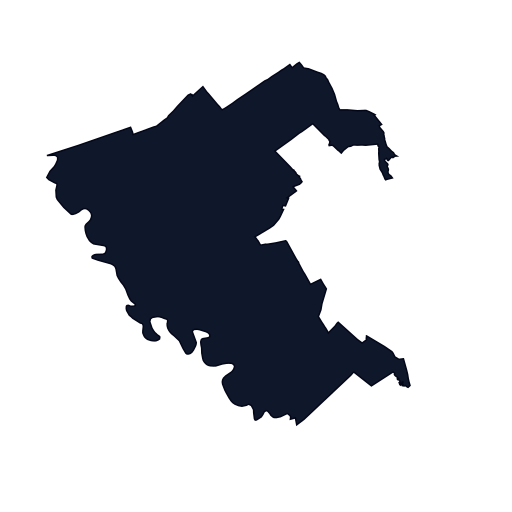 the district of Stanilesti, Vaslui, Romania, rotated 159°
{"feature_id": "2599482B69878309601464", "entity_name": "Stanilesti", "entity_type": "district", "adm_level": 2, "iso_a3": "ROU", "parent_name": "Romania", "parent_adm1": "Vaslui", "projection": "equal_earth", "projection_center": [28.168, 46.666], "detail": "fine", "context": "isolated", "style": "filled", "palette": "ink", "viewbox_px": 512, "rotation_deg": 159, "n_neighbors": 0, "source": "geoboundaries", "source_scale": "gbopen_adm2", "svg_char_len": 6087}
<svg xmlns="http://www.w3.org/2000/svg" viewBox="0 0 512 512"><g transform="rotate(159 256 256)"><path d="M415.2,424.7L408.2,422.4L406.6,421.2L405.9,419.7L405.9,418.9L406.9,416.6L410.1,413.4L412.3,411.7L417.9,408.9L423.2,404.3L422.0,401.5L417.7,396.5L416.1,395.1L416.2,393.7L419.2,389.2L421.3,382.6L421.2,379.9L418.0,370.3L413.6,361.3L412.9,360.8L411.9,360.5L409.2,360.3L405.6,360.7L402.4,361.8L399.9,362.0L398.0,361.3L397.0,360.5L395.7,358.6L394.8,356.2L394.6,354.6L395.0,352.4L396.2,350.6L397.8,348.9L399.7,347.9L403.2,346.5L404.6,345.4L405.2,344.4L406.2,340.9L406.6,338.1L406.7,334.7L405.9,330.0L404.8,327.7L403.2,325.5L394.2,320.2L393.4,319.5L392.9,318.9L392.6,317.9L392.9,316.4L393.2,315.6L394.4,313.9L396.1,312.5L398.3,312.5L404.5,314.7L406.1,315.0L407.7,314.9L409.1,314.4L409.5,313.9L409.6,312.7L404.9,308.7L394.4,300.9L393.1,299.6L391.5,297.2L391.3,295.5L391.3,294.2L392.6,287.6L392.3,284.5L391.4,280.2L390.2,276.5L389.4,271.9L389.5,265.4L389.2,261.2L388.5,258.6L386.5,255.2L386.1,254.3L386.1,253.6L386.5,253.0L387.4,252.9L388.2,253.0L390.8,253.9L391.4,254.3L392.6,255.6L394.0,256.0L394.7,255.8L395.2,255.2L396.0,253.3L396.3,251.4L395.5,246.1L394.3,244.1L393.4,242.1L388.1,235.0L386.3,233.6L386.1,232.2L386.5,230.5L388.4,226.8L389.2,224.8L389.2,222.6L389.0,220.5L388.3,218.9L387.2,217.1L384.4,214.8L383.0,214.0L381.3,213.2L379.8,212.7L377.7,212.7L375.8,213.1L374.8,214.9L375.0,215.7L376.5,217.9L377.1,219.3L377.8,220.6L378.4,222.6L379.0,225.9L378.7,232.8L377.0,235.2L374.7,235.8L369.9,234.8L368.1,234.0L366.0,232.5L363.9,230.5L362.2,229.2L361.6,228.5L361.5,227.6L362.4,225.7L363.2,224.7L363.9,222.6L364.2,220.4L364.0,218.1L363.6,216.2L362.7,213.8L360.9,210.7L357.9,204.4L357.2,195.7L356.3,190.4L355.5,189.2L354.0,188.7L352.2,188.6L350.3,189.2L348.0,190.7L344.6,193.8L343.6,195.1L342.8,196.6L342.6,208.0L342.0,208.9L341.1,209.4L340.0,209.6L337.2,208.7L335.3,207.6L329.6,203.1L328.0,201.2L327.4,199.2L327.7,198.0L328.0,197.4L328.8,196.9L330.5,196.9L335.2,197.9L336.4,197.8L337.2,197.3L338.4,195.6L339.2,192.6L339.7,189.7L341.4,184.7L342.4,179.6L342.6,177.5L342.2,175.4L341.5,173.6L340.7,172.2L339.6,171.0L338.0,169.9L334.9,168.5L332.9,167.8L326.1,167.3L322.2,166.5L319.9,165.8L317.2,164.5L316.3,163.6L315.6,162.1L315.5,161.1L315.8,160.2L317.3,158.4L318.6,157.4L320.3,156.5L327.2,154.9L330.1,153.6L331.6,152.2L332.6,150.5L333.1,148.3L333.1,144.7L333.1,141.8L332.8,139.2L331.9,133.0L331.1,129.6L330.2,127.4L328.7,125.2L325.9,122.6L323.0,120.8L318.5,120.1L316.4,120.3L315.8,120.1L313.9,118.1L313.4,113.9L313.4,113.2L314.3,110.6L315.8,104.6L315.6,103.2L314.9,102.8L313.6,102.9L308.8,103.9L306.5,105.5L304.2,107.6L301.9,108.1L300.6,106.9L299.5,103.9L299.2,102.1L298.0,99.8L297.1,98.8L295.0,97.9L290.8,97.2L283.4,97.8L282.9,97.4L281.5,95.0L281.3,94.2L281.4,93.2L282.4,91.3L277.2,90.7L278.5,83.8L269.8,86.3L210.3,110.7L206.9,112.5L206.2,112.5L194.8,93.4L169.5,98.7L169.1,97.8L168.5,96.9L169.3,95.6L168.9,94.4L167.7,92.4L167.0,90.7L168.1,90.7L168.1,89.9L167.4,89.8L166.5,87.9L166.8,86.6L167.7,86.6L167.8,84.5L167.5,83.8L164.8,85.9L164.3,86.0L163.9,85.6L164.3,85.1L165.7,84.0L166.5,83.7L166.3,83.5L165.1,83.6L164.9,83.0L165.7,82.7L165.8,82.5L164.3,81.6L163.8,81.5L163.1,81.6L161.7,79.5L161.1,78.9L158.6,79.9L158.3,83.5L157.8,87.0L156.9,91.1L156.3,95.6L155.2,107.2L159.6,108.3L162.5,112.0L162.9,116.2L163.4,118.0L168.5,125.4L181.8,142.3L181.4,140.5L182.5,140.0L182.7,138.2L188.1,136.7L191.3,141.7L203.0,164.7L204.5,164.1L207.3,162.2L216.1,158.2L216.2,159.8L216.8,163.6L217.2,165.0L217.7,167.9L218.3,170.4L219.5,177.1L214.7,182.5L211.5,187.9L202.1,200.1L203.3,206.1L204.0,211.0L215.3,210.0L217.0,221.8L217.6,224.5L218.7,233.6L218.5,235.1L219.0,236.2L219.6,239.3L222.2,258.3L222.8,259.6L232.7,261.1L239.9,262.6L241.9,263.1L242.8,263.6L247.6,264.4L248.0,265.0L248.6,269.2L249.1,270.6L249.9,273.7L250.2,274.3L233.0,277.3L228.6,278.4L221.6,282.2L219.2,284.2L213.6,289.6L215.3,290.6L212.7,293.6L210.5,292.2L204.8,298.3L206.1,299.2L194.9,302.3L196.6,307.2L196.0,307.4L189.7,307.4L187.3,308.3L186.4,308.9L186.8,310.6L186.8,312.5L187.4,313.9L186.7,314.8L187.7,315.8L188.8,317.8L189.0,318.6L188.9,319.2L189.1,319.9L189.3,320.6L189.8,321.5L189.9,322.7L190.8,323.4L192.1,326.9L200.8,347.2L181.6,352.2L171.6,355.2L168.8,355.7L155.6,359.2L148.8,343.7L148.3,343.3L146.1,338.5L146.3,338.1L146.1,336.9L145.9,336.5L146.9,334.9L148.1,333.6L148.1,332.8L145.6,332.3L144.4,331.4L141.5,325.2L141.1,324.8L139.5,321.5L136.4,323.3L130.8,325.1L128.2,324.5L125.7,324.8L124.3,324.4L121.7,323.2L117.3,321.7L113.9,320.1L102.3,316.9L102.6,315.0L102.0,314.1L102.0,313.6L103.0,312.2L103.8,309.6L104.5,308.2L106.5,301.9L106.8,299.9L107.3,298.9L107.7,298.5L108.5,296.4L109.0,292.6L108.2,288.5L108.2,286.1L108.0,284.5L108.0,281.7L107.6,280.6L106.5,280.7L100.7,280.0L101.4,282.5L102.8,284.6L102.9,286.6L102.7,287.0L102.4,287.9L101.9,288.3L101.8,288.8L101.3,289.5L101.4,293.0L100.2,293.8L100.1,294.2L100.1,294.8L101.7,298.4L101.7,298.9L101.5,300.0L99.1,300.4L98.9,299.8L99.0,298.8L98.5,297.8L98.1,297.7L95.2,299.3L93.4,299.7L93.2,299.7L92.9,298.8L90.4,299.4L88.8,298.9L90.0,300.4L90.5,301.8L90.5,302.6L90.7,303.3L91.9,305.2L93.4,308.8L94.6,311.0L94.6,313.7L94.3,316.9L94.3,318.3L93.7,319.9L93.7,320.8L93.2,323.0L93.4,323.5L92.5,325.0L92.6,326.4L94.5,331.9L94.1,333.5L91.6,333.8L95.2,345.0L94.2,345.2L95.1,346.3L98.5,350.0L100.9,352.3L101.6,352.7L109.1,355.2L118.4,359.7L125.3,362.3L125.7,364.4L125.4,368.3L125.5,371.4L124.8,378.7L125.0,385.2L125.9,392.1L126.0,394.9L126.9,397.6L126.8,398.9L127.7,400.8L129.8,403.2L132.8,405.6L139.8,411.9L143.9,414.3L144.2,414.6L145.0,417.8L146.2,421.2L149.0,420.7L154.8,418.8L155.8,422.6L163.1,420.7L165.3,420.4L169.1,419.4L177.0,417.8L181.6,416.5L185.0,416.3L207.6,410.8L217.3,408.6L223.3,406.9L230.5,405.3L233.1,404.8L235.2,404.7L235.8,405.7L236.6,408.6L237.7,411.2L242.3,424.5L243.2,426.7L244.9,433.1L258.1,428.0L258.2,428.9L257.7,429.1L258.0,429.7L258.6,429.5L259.0,430.7L261.7,430.5L275.6,423.9L281.1,420.9L287.3,418.3L289.2,416.7L293.0,415.8L302.4,412.8L305.4,413.1L327.2,413.4L326.9,416.1L327.0,421.1L382.3,422.9L415.2,424.7Z" fill="#0f172a" stroke="#020617" stroke-width="1.5"/></g></svg>